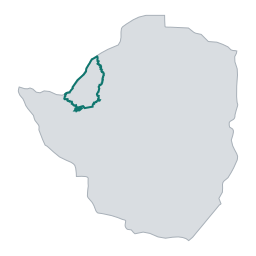 location of Binga, Matabeleland North, Zimbabwe
{"feature_id": "62879985B54181646880786", "entity_name": "Binga", "entity_type": "district", "adm_level": 2, "iso_a3": "ZWE", "parent_name": "Zimbabwe", "parent_adm1": "Matabeleland North", "projection": "natural_earth1", "projection_center": [27.771, -17.692], "detail": "fine", "context": "in_parent", "style": "outline", "palette": "teal", "viewbox_px": 256, "rotation_deg": 0, "n_neighbors": 0, "source": "geoboundaries", "source_scale": "gbopen_adm2", "svg_char_len": 5955}
<svg xmlns="http://www.w3.org/2000/svg" viewBox="0 0 256 256"><path d="M188.7,240.6L186.2,238.7L182.7,237.5L178.3,236.9L172.6,237.2L165.5,238.2L158.0,236.9L149.9,233.4L143.2,232.1L135.2,233.7L134.9,233.7L133.5,232.5L131.3,229.9L127.7,229.4L126.7,228.8L125.9,227.8L125.3,226.6L125.1,225.2L125.7,220.9L125.4,220.4L124.4,219.9L122.4,219.4L117.6,217.5L111.6,215.6L101.7,213.5L97.9,213.0L97.0,212.3L95.9,210.8L94.0,205.8L92.3,202.6L88.0,197.6L87.4,196.0L87.6,192.0L87.9,188.8L88.3,186.1L88.1,183.5L88.1,180.3L88.2,178.2L87.6,177.3L86.1,176.6L81.7,176.3L76.4,176.5L76.3,173.2L75.7,168.2L74.8,165.4L73.5,163.9L71.1,162.3L66.2,160.2L59.5,156.9L53.7,152.1L47.1,146.2L45.1,145.1L42.6,139.5L38.9,129.9L39.1,126.7L38.6,125.1L35.0,120.4L34.1,118.0L33.5,115.5L27.8,108.6L25.8,105.6L24.3,101.7L22.8,98.6L21.6,97.3L19.9,95.2L18.8,92.8L18.3,91.0L18.7,88.6L19.2,87.0L24.7,88.7L27.7,88.8L30.0,88.0L32.9,89.1L36.3,92.2L40.1,92.8L44.1,90.9L49.6,91.5L56.5,94.6L62.2,95.2L69.0,92.5L75.1,84.8L80.8,77.6L86.4,69.3L89.8,62.5L94.8,57.1L101.3,52.9L108.0,49.3L118.2,45.0L120.3,41.4L121.0,37.4L121.0,32.0L121.5,28.4L122.6,26.8L124.3,25.6L126.5,24.0L133.2,19.8L138.9,17.1L145.8,15.4L153.3,15.4L160.5,15.4L164.6,15.4L164.7,20.6L165.0,26.5L165.8,27.1L171.2,27.2L180.0,27.6L188.4,28.0L193.8,32.3L195.6,33.2L201.2,34.4L208.3,41.5L216.9,42.2L222.8,44.4L228.0,46.9L230.9,49.8L232.9,50.5L235.5,50.7L236.8,51.0L236.5,53.1L234.7,56.7L234.9,61.8L237.2,68.9L237.5,75.1L236.7,86.0L236.6,96.6L236.9,100.4L237.2,102.9L237.7,104.3L237.6,105.8L236.2,110.3L235.0,114.9L234.9,116.8L234.5,118.1L233.6,119.3L229.9,121.5L229.2,122.8L229.2,125.2L229.7,127.2L231.1,128.0L232.7,129.1L233.4,130.7L233.4,132.3L232.8,135.2L231.3,140.1L232.7,145.8L234.4,149.4L236.7,153.7L237.6,156.3L237.5,158.2L237.2,160.0L233.7,167.8L231.1,172.6L228.0,177.7L224.0,181.0L222.9,182.5L222.5,184.3L222.6,188.2L222.4,192.2L218.9,198.4L221.0,203.8L220.5,204.3L219.3,205.0L214.3,211.1L209.3,217.1L205.6,221.6L201.4,226.7L196.7,232.3L192.7,237.2L188.7,240.6Z" fill="#d9dde1" stroke="#a8b0b8" stroke-width="1"/><path d="M103.8,73.9L103.7,73.8L103.5,73.7L103.5,73.3L103.5,73.0L103.5,72.8L103.4,72.6L103.3,72.4L103.2,72.3L102.9,72.2L102.6,72.2L102.5,71.9L102.3,71.9L102.2,71.9L102.2,71.7L102.3,71.5L102.1,71.3L101.9,71.1L101.7,71.2L101.6,71.3L101.5,71.0L101.5,70.8L101.4,70.8L101.4,70.6L101.4,70.4L101.5,70.2L101.6,69.9L101.5,70.0L101.4,69.9L101.4,69.7L101.6,69.6L101.4,69.4L101.2,69.4L100.9,69.3L100.7,69.2L100.9,68.9L100.9,69.0L101.0,69.1L101.3,69.1L101.3,68.9L100.8,68.6L100.9,68.3L100.7,68.2L100.5,67.9L101.0,67.8L101.1,67.7L101.1,67.3L100.8,67.4L100.6,67.2L100.5,66.6L100.4,66.1L100.7,65.9L100.8,65.7L100.7,65.4L100.5,65.2L100.2,65.1L99.9,65.1L99.5,65.5L99.4,65.5L99.3,65.4L99.3,65.1L99.2,65.0L99.2,64.9L99.3,64.7L98.7,63.9L98.2,64.0L97.9,64.1L97.7,64.0L97.6,63.9L98.0,63.6L98.2,63.3L98.2,62.6L98.0,62.2L98.2,61.9L98.5,61.6L98.6,61.4L98.0,61.3L97.7,61.2L97.8,60.9L97.8,60.7L97.6,60.6L97.3,60.0L97.3,59.9L97.4,59.5L97.5,59.4L97.6,58.8L97.6,58.5L97.6,58.4L97.5,58.1L97.6,57.5L97.5,57.1L97.4,56.7L97.1,56.4L96.5,56.8L94.4,58.0L93.3,58.6L91.8,59.3L90.9,60.9L90.6,61.3L89.6,63.3L88.1,65.5L87.7,66.3L86.6,68.0L86.3,68.8L86.2,69.0L86.2,69.5L86.1,70.3L86.0,71.5L84.2,73.9L84.0,74.2L83.9,74.4L77.5,80.1L72.5,87.3L72.8,88.3L70.8,90.5L69.8,92.1L69.6,92.5L69.0,92.3L68.4,92.5L68.0,92.8L67.5,92.6L67.1,92.8L66.6,92.9L66.3,93.0L66.3,93.4L66.3,93.6L66.2,93.7L65.8,93.9L65.1,94.1L65.1,94.3L65.2,94.5L65.2,94.9L65.4,95.0L65.2,95.2L65.3,95.4L65.3,95.7L65.3,95.9L65.3,96.2L65.3,96.3L64.8,96.6L64.7,96.8L64.7,97.1L64.6,97.4L64.6,97.8L64.6,98.1L64.3,98.5L64.4,98.8L64.5,98.8L64.7,99.2L67.6,99.1L67.7,99.5L67.2,100.1L67.5,100.7L68.0,101.0L68.3,101.1L69.0,101.1L69.6,101.0L69.7,101.4L69.9,101.3L70.1,101.6L70.5,101.6L70.8,101.6L71.6,101.7L71.8,101.7L71.9,102.0L72.0,102.1L71.9,102.3L71.9,102.6L71.9,102.8L72.0,102.9L72.0,103.0L71.9,103.1L71.8,103.3L71.7,103.6L71.7,103.8L71.9,103.9L72.0,103.9L72.5,103.8L72.7,104.0L72.9,104.6L73.2,104.6L73.3,104.8L73.8,105.0L73.9,105.3L74.1,105.6L74.4,105.6L74.6,105.5L75.0,105.5L75.3,105.4L75.4,105.5L75.5,105.4L76.0,105.2L76.1,105.9L75.9,106.4L76.1,106.4L76.3,106.6L76.6,106.6L76.8,106.9L76.7,107.1L76.7,107.5L76.8,108.0L76.9,108.3L76.3,108.3L76.1,108.4L75.8,108.5L75.6,108.6L75.2,108.9L75.2,109.6L75.1,110.0L74.7,110.5L74.8,110.5L75.0,110.5L75.3,110.3L75.8,110.6L75.9,110.8L76.3,110.8L76.3,110.5L76.6,110.4L76.8,110.4L76.8,110.5L76.9,110.4L76.8,110.2L77.0,110.3L77.2,110.5L78.4,110.4L79.4,110.4L81.6,108.5L78.1,108.4L77.8,107.5L79.8,107.0L82.5,106.2L83.1,106.1L83.7,106.7L84.7,108.1L89.6,107.2L92.6,106.7L92.7,105.1L92.8,104.8L93.1,104.4L93.2,104.2L93.2,103.9L93.3,103.8L93.5,103.7L93.8,103.4L93.9,103.1L93.9,102.9L94.0,102.9L94.1,103.0L94.1,102.9L94.4,103.0L94.5,102.9L94.7,102.7L94.9,102.6L95.0,102.4L95.3,102.3L95.4,102.0L95.5,101.9L95.9,101.8L96.1,101.9L96.3,101.7L96.5,101.8L96.7,101.3L97.5,100.7L98.4,100.6L99.2,100.7L99.5,100.7L99.7,100.4L99.8,100.2L99.7,100.2L99.1,100.0L98.8,99.9L98.1,99.9L98.2,99.5L98.0,99.2L98.1,98.8L98.7,98.4L98.6,97.5L98.7,97.3L98.6,97.0L98.6,96.2L98.7,95.8L98.3,95.7L98.1,95.6L97.7,96.0L97.5,95.9L97.4,95.5L97.2,95.2L96.9,94.5L97.0,93.8L97.3,93.3L97.9,92.5L98.1,91.9L98.6,91.7L98.6,91.2L98.6,90.9L98.8,90.6L98.9,90.2L98.9,89.6L99.0,89.5L99.0,89.3L99.1,89.1L99.2,88.9L99.3,88.5L99.2,88.3L99.1,88.2L98.9,87.5L98.8,87.3L98.8,86.9L98.7,86.8L98.8,86.6L99.0,86.3L99.2,86.1L99.3,85.9L99.4,85.5L99.4,85.4L99.6,85.0L99.6,84.9L99.8,84.9L100.0,84.8L100.3,84.9L100.5,85.0L101.4,84.3L101.5,84.1L101.5,83.9L101.8,83.7L101.9,83.4L101.8,83.2L102.0,83.1L102.1,82.9L102.2,82.7L102.3,82.4L102.2,82.1L102.2,81.7L102.3,81.3L102.3,81.1L102.4,80.9L102.5,80.9L102.5,80.7L102.7,80.2L102.8,80.1L102.9,79.9L102.9,79.7L102.7,79.7L102.4,79.8L102.4,79.7L102.6,79.2L102.6,78.8L102.5,78.7L102.6,78.3L102.6,78.1L102.8,77.8L102.8,77.6L103.0,77.4L103.1,77.2L103.0,76.8L103.1,76.6L103.1,76.2L103.5,75.8L103.8,75.4L103.8,75.2L103.6,74.8L103.6,74.7L103.7,74.0L103.8,73.9Z" fill="none" stroke="#0f766e" stroke-width="2"/></svg>